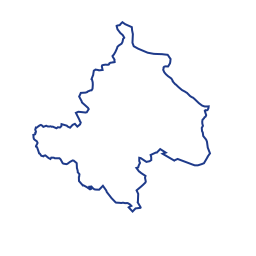 the district of Kachia, Kaduna, Nigeria, rotated 134°
{"feature_id": "59680162B32850327292174", "entity_name": "Kachia", "entity_type": "district", "adm_level": 2, "iso_a3": "NGA", "parent_name": "Nigeria", "parent_adm1": "Kaduna", "projection": "equal_earth", "projection_center": [7.682, 9.854], "detail": "fine", "context": "isolated", "style": "outline", "palette": "blue", "viewbox_px": 256, "rotation_deg": 134, "n_neighbors": 0, "source": "geoboundaries", "source_scale": "gbopen_adm2", "svg_char_len": 4031}
<svg xmlns="http://www.w3.org/2000/svg" viewBox="0 0 256 256"><g transform="rotate(134 128 128)"><path d="M55.8,205.5L58.2,205.6L59.2,205.4L59.6,205.4L59.9,205.5L60.0,205.6L61.8,206.9L62.5,207.1L64.3,204.1L65.0,199.4L64.8,196.4L65.2,194.9L65.7,193.4L67.3,193.4L69.8,191.8L71.8,191.2L73.2,191.5L74.9,191.9L76.7,192.0L77.2,191.9L78.2,191.3L82.1,189.9L85.1,189.2L86.9,189.2L87.3,188.7L87.8,186.7L88.2,185.2L88.6,185.0L89.8,183.4L90.6,183.8L91.3,184.6L91.8,184.8L93.3,186.0L94.6,186.3L94.9,186.0L95.8,185.9L96.5,186.4L98.2,188.3L99.9,189.6L100.9,190.1L101.8,189.7L103.9,186.6L106.7,188.9L107.0,189.7L108.6,192.0L109.1,192.0L110.4,192.4L110.5,192.4L112.7,190.9L114.2,189.8L114.6,189.7L118.2,188.2L118.1,187.7L119.6,185.2L121.4,183.3L124.4,180.8L126.2,180.4L126.9,181.1L129.9,182.4L130.5,182.3L132.0,183.1L133.3,184.3L135.5,186.3L135.7,186.2L136.1,186.2L136.8,185.8L139.3,185.0L141.0,179.8L141.6,178.9L141.4,173.9L141.3,170.8L141.7,169.4L145.3,168.6L146.5,169.4L146.6,169.6L150.8,175.0L153.3,176.0L153.6,175.2L156.0,168.2L156.4,167.7L156.6,166.7L156.9,165.8L158.7,165.0L158.8,165.0L162.2,165.4L161.9,169.1L164.2,170.0L168.0,169.9L168.9,172.5L168.8,173.6L171.4,178.5L173.0,177.2L174.9,177.3L176.2,179.0L176.3,179.0L176.5,179.0L177.9,179.3L179.3,183.1L180.1,183.7L180.2,184.0L180.5,184.8L181.6,185.6L182.7,186.9L183.2,188.4L186.0,189.7L186.0,190.2L186.0,190.3L185.9,191.2L186.3,192.8L187.4,193.3L187.5,193.3L188.0,193.4L188.1,193.5L191.4,194.0L191.7,194.6L193.6,193.6L194.7,191.5L195.9,191.4L196.3,190.7L197.1,190.5L198.8,191.3L199.4,190.4L200.2,189.7L201.2,188.2L201.3,187.0L201.0,185.0L201.0,184.7L200.9,184.5L200.9,184.4L201.0,184.2L201.4,182.9L201.5,182.8L201.7,182.6L205.0,181.6L205.3,181.3L205.0,180.1L206.7,176.7L208.0,174.3L207.7,173.6L208.2,171.1L207.1,169.1L206.1,169.1L205.1,168.4L204.8,164.7L204.8,164.4L204.2,162.3L202.6,162.6L201.6,161.5L201.4,161.3L200.9,160.7L200.6,159.6L199.0,158.0L197.4,156.3L197.4,154.7L198.7,150.5L198.5,149.7L196.8,147.2L195.8,146.7L192.7,146.2L189.8,145.3L189.2,144.4L188.9,140.7L189.1,140.3L192.4,136.8L192.5,136.5L193.9,134.2L194.7,133.5L194.7,133.4L195.0,130.8L197.0,129.3L197.4,129.3L200.2,126.4L200.7,120.5L200.2,120.3L199.1,116.4L199.1,116.2L198.5,112.7L197.9,112.4L197.6,112.3L197.0,114.9L195.5,113.7L195.7,111.7L195.5,109.6L194.6,108.3L192.4,105.9L187.0,105.9L188.1,100.2L188.8,98.8L189.9,91.1L190.1,85.6L190.0,84.8L187.6,82.0L186.7,80.8L185.2,79.7L184.1,77.9L182.4,76.3L182.1,75.6L181.6,73.4L181.7,71.5L183.0,72.0L184.6,72.4L184.7,70.9L184.9,66.7L180.6,66.7L176.8,63.6L176.3,63.8L174.7,69.5L174.0,69.8L168.3,74.9L166.9,78.5L163.0,78.1L161.2,77.9L158.6,77.7L155.1,77.6L154.1,78.1L152.0,81.2L150.3,82.1L150.9,85.2L151.1,86.3L151.3,87.4L151.4,88.3L151.3,88.5L151.6,89.9L150.9,94.2L149.2,93.3L147.6,94.2L146.8,94.5L144.8,95.1L144.0,96.9L141.6,99.2L140.8,97.9L139.6,91.2L139.1,90.9L136.9,89.4L134.9,89.0L132.8,91.1L131.7,93.0L126.3,90.9L126.1,90.7L125.7,90.2L125.3,90.2L120.8,90.2L119.5,83.8L122.5,85.2L119.3,72.1L119.0,72.1L115.8,70.8L109.6,56.5L108.5,54.1L106.3,51.8L102.8,49.9L100.6,48.9L93.5,50.6L93.3,50.8L89.3,51.4L86.7,57.0L83.0,61.7L82.1,63.7L81.5,68.3L79.3,71.1L78.8,72.6L76.7,75.0L74.4,75.6L73.2,77.6L71.9,79.0L70.3,80.1L68.1,80.1L67.2,80.4L65.9,80.1L64.4,80.7L63.4,82.7L62.3,84.7L62.1,84.7L61.4,84.7L60.6,83.6L59.7,83.3L57.9,83.9L56.4,85.0L57.1,85.6L58.2,86.7L59.1,87.6L59.7,88.7L60.4,90.3L60.9,94.2L60.9,96.7L60.9,97.9L60.9,100.3L61.0,102.3L61.4,103.3L61.6,104.0L61.9,105.8L61.8,107.8L61.8,109.2L61.7,109.7L62.1,111.3L62.2,112.0L62.4,112.8L63.2,115.5L63.5,120.2L63.5,121.7L63.5,122.0L63.5,123.5L63.5,123.9L63.7,124.4L63.4,128.3L63.0,128.6L62.3,131.2L62.7,133.9L62.9,135.1L63.0,138.0L62.8,139.8L62.7,140.6L61.7,143.1L60.6,143.7L59.7,144.5L58.7,144.5L57.4,143.7L56.8,142.9L55.9,141.9L52.4,142.7L51.1,143.5L50.6,143.9L49.6,144.7L48.8,145.3L48.3,147.9L48.1,148.6L47.8,150.3L49.5,152.5L50.8,154.2L50.9,154.4L56.7,160.9L60.2,166.2L62.2,171.4L63.9,175.8L65.2,180.7L63.6,184.0L57.1,189.7L54.9,192.9L52.8,195.3L55.3,202.2L55.8,205.5Z" fill="none" stroke="#1e3a8a" stroke-width="2"/></g></svg>